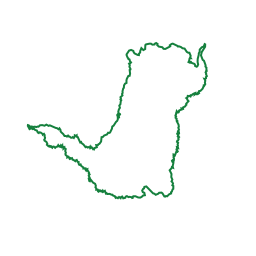 outline of La Esperanza, Norte de Santander, Colombia, rotated 345°
{"feature_id": "7082276B65622442021238", "entity_name": "La Esperanza", "entity_type": "district", "adm_level": 2, "iso_a3": "COL", "parent_name": "Colombia", "parent_adm1": "Norte de Santander", "projection": "equal_earth", "projection_center": [-73.378, 7.696], "detail": "fine", "context": "isolated", "style": "outline", "palette": "green", "viewbox_px": 256, "rotation_deg": 345, "n_neighbors": 0, "source": "geoboundaries", "source_scale": "gbopen_adm2", "svg_char_len": 5858}
<svg xmlns="http://www.w3.org/2000/svg" viewBox="0 0 256 256"><g transform="rotate(345 128 128)"><path d="M32.1,99.3L31.8,100.0L32.6,103.6L33.9,103.3L35.1,103.7L35.8,104.5L37.0,104.3L37.8,105.9L39.3,106.8L39.7,109.0L40.5,109.8L41.2,109.2L42.5,109.8L44.0,111.7L44.0,112.4L45.3,111.9L45.7,113.3L45.2,114.7L45.4,115.7L44.9,116.9L44.0,117.7L44.1,118.6L45.6,120.3L46.0,122.4L45.3,123.2L46.5,125.1L47.4,125.7L47.7,125.0L49.0,125.7L49.0,126.5L49.7,127.4L50.3,126.6L51.5,126.7L52.5,128.3L53.8,127.6L55.1,127.7L56.2,126.5L56.9,128.2L57.8,128.7L57.6,127.8L58.4,128.2L58.9,127.3L59.3,127.8L59.0,128.2L59.2,129.0L59.9,128.3L59.7,129.3L60.7,129.5L60.3,131.2L61.6,130.5L61.5,131.4L62.4,132.2L61.4,134.0L61.6,135.8L60.8,136.8L60.8,137.9L62.0,139.6L61.7,140.7L63.1,140.4L63.6,142.4L64.3,141.9L64.6,142.1L64.6,142.8L66.1,142.6L66.3,144.3L67.0,144.6L68.5,146.4L69.1,145.8L70.2,145.6L70.6,147.7L71.5,148.1L71.1,149.4L71.2,150.7L71.6,151.1L72.8,150.9L73.0,152.5L74.7,154.6L74.4,155.6L76.7,156.0L76.8,156.5L76.2,157.3L76.5,158.1L77.0,157.5L78.1,157.3L77.6,158.7L78.4,159.4L78.8,161.4L78.3,162.0L78.9,162.9L77.7,163.9L78.1,166.0L77.0,166.5L76.9,169.2L77.4,169.6L78.5,168.0L80.1,171.7L81.8,173.4L82.0,175.5L81.2,176.9L81.8,178.3L81.3,179.4L82.8,179.8L82.6,181.2L83.0,181.9L83.6,181.7L84.0,180.7L84.9,181.0L85.1,181.9L85.9,181.8L86.5,182.9L87.4,182.0L87.7,183.2L89.4,182.7L89.7,185.6L90.5,185.4L90.9,186.4L93.3,186.9L94.8,188.2L95.7,188.4L95.9,189.2L97.8,190.7L97.8,191.8L98.1,192.4L99.1,192.1L100.1,193.2L101.5,192.3L102.7,193.9L103.6,192.8L104.7,192.7L105.2,194.7L107.3,194.7L108.0,193.7L109.3,193.5L110.6,194.9L111.7,194.9L113.6,195.8L113.9,196.7L114.5,196.7L115.0,195.5L115.5,195.3L117.6,195.9L119.8,197.7L121.7,198.4L123.3,198.1L125.2,197.1L126.9,197.3L127.0,194.8L125.7,193.8L125.5,192.1L126.9,190.7L127.8,190.5L128.6,189.1L130.6,189.2L135.3,197.6L136.5,198.3L137.5,199.7L140.2,199.3L141.3,198.6L143.7,199.1L144.4,200.1L145.4,203.5L146.1,203.9L147.1,203.5L148.1,204.1L150.8,202.6L152.7,202.4L152.9,201.2L153.9,200.8L155.1,198.9L156.0,198.5L156.8,195.7L156.0,194.8L157.1,193.4L156.9,192.0L156.2,190.9L157.5,189.3L157.1,186.6L158.1,183.7L157.3,179.6L159.7,178.1L160.2,177.2L161.2,178.0L161.2,176.6L162.9,173.3L162.1,172.1L162.0,171.0L162.8,170.6L163.3,171.7L163.7,171.6L164.5,169.6L164.4,167.9L165.1,167.5L164.8,166.3L165.1,165.4L166.3,166.5L168.4,163.6L169.4,163.9L170.0,163.4L169.2,161.9L169.3,161.2L170.2,161.0L170.3,159.4L171.2,160.1L171.2,158.4L171.7,157.9L171.7,156.5L172.6,155.3L171.7,154.0L172.4,153.0L173.2,152.9L174.0,151.9L173.9,150.7L175.0,150.0L174.7,149.3L174.0,148.9L174.7,147.9L174.1,146.8L174.1,146.0L175.1,145.6L175.0,146.8L175.9,146.5L176.1,145.2L175.3,144.7L175.3,144.1L176.8,142.9L176.7,140.7L177.4,140.0L177.7,137.9L176.9,134.3L177.5,134.0L176.9,132.8L177.4,131.5L176.6,130.5L176.9,129.4L177.4,129.2L177.1,128.0L177.8,127.5L178.4,125.9L179.2,125.5L179.1,125.0L179.4,124.4L180.1,126.0L180.9,126.0L181.6,125.3L181.6,124.6L182.2,124.2L184.6,124.1L184.7,122.9L186.2,123.7L186.5,122.4L188.9,121.9L189.6,121.0L190.4,120.7L190.5,119.6L193.4,117.7L192.6,116.0L192.7,115.0L192.1,114.2L193.3,113.8L194.0,112.5L194.9,113.0L195.5,112.8L196.5,113.7L197.2,112.6L197.9,112.9L199.0,112.2L200.0,111.9L200.6,112.2L201.0,111.7L201.9,111.6L201.2,112.9L202.0,112.6L202.9,113.1L203.8,112.5L204.2,113.3L205.7,112.7L205.5,111.5L206.2,110.7L207.6,110.9L210.3,109.3L212.2,106.7L212.3,105.5L212.7,106.8L214.0,105.6L214.0,104.1L214.9,102.3L214.5,100.4L215.0,100.7L216.2,100.2L216.4,99.0L217.6,98.3L217.3,96.2L217.7,95.3L217.3,94.5L218.3,93.0L218.8,93.1L219.0,91.1L219.4,90.1L218.7,88.7L219.2,87.5L218.8,82.7L217.8,81.5L217.3,76.7L218.9,73.7L223.5,69.5L224.2,67.2L223.8,66.8L222.2,68.9L220.2,69.1L217.6,70.8L216.9,73.0L215.7,74.2L215.3,75.6L213.2,79.3L212.3,82.3L212.2,84.8L211.0,86.3L210.2,86.6L208.9,85.5L209.1,84.6L208.8,83.3L206.2,81.5L205.9,80.4L205.1,80.2L204.6,80.9L203.5,80.0L204.5,78.8L205.4,76.9L205.8,76.5L206.7,76.8L206.4,75.9L207.2,74.5L206.8,71.2L205.7,70.9L204.5,69.7L203.2,65.9L201.3,65.1L200.1,63.5L198.2,62.2L197.4,62.3L196.8,61.3L193.1,58.1L191.8,58.1L189.8,58.9L190.0,59.9L189.4,60.2L184.5,61.3L182.8,60.7L182.1,58.9L178.8,57.3L177.7,55.5L178.3,54.5L177.2,53.2L175.8,53.5L175.2,54.2L173.1,53.8L172.0,52.5L170.6,52.1L167.0,51.9L166.2,52.4L165.0,56.2L163.0,56.7L161.6,54.3L159.6,57.0L159.3,58.2L157.8,59.1L157.4,60.4L156.2,59.9L153.6,57.6L153.1,56.2L153.1,54.9L151.2,53.4L149.1,53.5L145.7,56.5L145.5,57.4L145.9,60.2L146.4,60.9L146.3,61.6L147.2,62.2L147.2,64.3L147.9,65.4L147.1,66.0L145.7,66.1L146.0,67.8L145.2,69.2L145.7,71.7L145.4,72.2L144.6,72.4L144.1,76.0L143.1,78.0L141.8,77.8L139.6,80.2L138.8,81.7L138.2,84.1L136.6,84.4L135.2,85.8L134.4,88.1L133.6,88.6L132.2,91.1L131.9,92.7L131.0,93.6L131.1,95.1L128.7,96.3L128.8,97.7L128.1,98.4L128.7,99.4L128.0,100.1L126.8,103.1L125.4,104.1L125.4,106.4L124.0,107.7L122.8,109.8L122.7,111.3L123.8,112.3L123.8,112.9L123.0,113.2L121.6,112.1L120.9,112.7L121.0,113.9L122.2,114.4L122.1,115.5L121.5,115.6L120.9,114.9L120.4,117.0L119.4,118.3L118.0,119.0L114.7,122.0L113.2,122.5L112.3,124.5L109.5,127.7L108.5,127.9L107.6,127.4L106.0,128.8L103.0,129.1L101.5,130.1L100.1,130.0L98.5,134.1L96.3,135.9L95.3,136.0L94.4,136.8L92.9,136.3L92.9,138.5L90.6,138.7L89.9,139.5L89.5,138.1L89.2,139.4L88.8,139.5L88.0,137.4L87.3,137.5L87.2,136.8L86.4,137.4L86.4,136.4L85.8,137.0L84.6,136.1L83.9,136.4L82.8,135.2L82.0,135.5L80.7,132.4L79.2,130.5L79.1,129.4L78.1,129.6L77.1,123.7L76.2,123.2L76.5,121.8L75.7,122.1L74.7,121.3L74.4,122.2L73.1,123.6L72.3,122.5L71.7,122.9L70.5,122.7L69.2,121.0L68.5,120.8L68.1,119.8L66.8,120.5L65.9,119.6L64.6,119.3L63.9,117.1L62.4,114.8L62.0,113.7L62.3,112.5L61.7,110.6L60.6,111.3L59.4,109.8L58.2,109.2L53.2,105.2L51.9,105.4L50.0,103.6L48.0,104.2L45.9,103.0L43.7,102.6L41.9,103.6L41.0,103.2L39.7,103.4L38.4,102.6L36.9,102.5L35.3,101.6L33.8,101.4L32.8,99.7L32.1,99.3Z" fill="none" stroke="#15803d" stroke-width="2"/></g></svg>